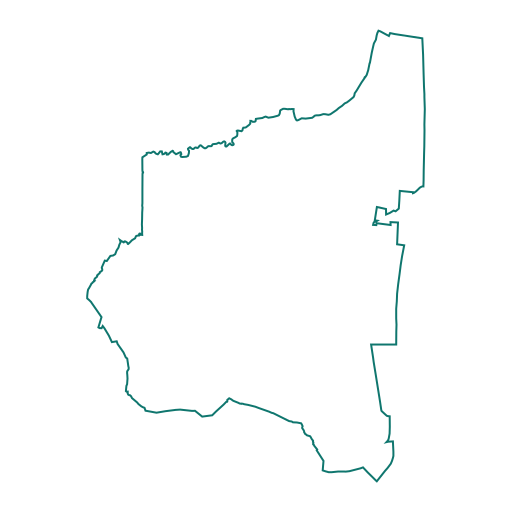 Cuautitlán Izcalli, México, Mexico (orthographic projection)
{"feature_id": "50627088B3961407760868", "entity_name": "Cuautitlán Izcalli", "entity_type": "district", "adm_level": 2, "iso_a3": "MEX", "parent_name": "Mexico", "parent_adm1": "México", "projection": "orthographic", "projection_center": [-99.233, 19.658], "detail": "fine", "context": "isolated", "style": "outline", "palette": "teal", "viewbox_px": 512, "rotation_deg": 0, "n_neighbors": 0, "source": "geoboundaries", "source_scale": "gbopen_adm2", "svg_char_len": 6051}
<svg xmlns="http://www.w3.org/2000/svg" viewBox="0 0 512 512"><path d="M156.5,412.7L165.4,411.2L175.6,409.9L180.1,409.6L192.1,410.9L195.0,410.8L202.2,416.6L212.2,415.3L215.9,411.6L223.6,404.6L226.3,401.8L227.2,401.7L227.3,401.5L227.3,399.9L229.2,398.3L231.4,399.4L232.4,400.2L233.3,400.8L238.3,402.8L239.6,403.5L241.5,403.8L241.7,403.6L243.0,403.8L244.1,404.2L248.1,404.9L255.3,406.7L258.7,408.0L269.2,411.7L271.6,412.8L273.3,413.2L289.1,421.1L291.7,421.5L292.9,422.3L297.0,422.5L301.1,423.3L301.8,424.4L302.6,426.2L302.2,427.4L302.2,428.0L302.3,428.3L303.4,429.8L304.1,431.2L304.2,432.4L304.9,433.3L305.2,434.0L306.3,434.6L306.7,435.2L308.2,435.7L309.4,436.0L310.2,436.3L310.4,436.6L311.9,439.3L313.0,440.6L313.1,440.9L312.9,441.9L313.3,442.3L313.4,442.7L313.2,443.4L313.3,443.7L313.1,444.1L313.2,444.4L313.8,444.8L314.4,446.0L317.2,449.5L316.7,450.3L323.5,460.9L322.7,470.4L325.4,471.3L328.7,472.2L331.7,472.2L338.4,471.5L342.9,471.5L345.8,471.6L349.4,471.2L360.6,468.3L363.0,467.4L367.6,472.3L375.9,480.5L376.8,481.3L385.1,470.8L387.5,468.1L390.8,463.7L392.0,460.9L392.9,458.0L393.4,456.0L393.4,451.7L392.9,441.4L388.2,441.7L386.5,442.1L387.6,440.9L388.4,439.6L388.8,438.1L389.6,433.6L389.8,426.8L389.7,416.3L387.8,416.1L386.8,415.8L384.8,414.0L383.3,412.6L382.1,411.5L381.6,411.0L381.3,410.2L380.0,401.4L375.9,375.7L373.7,362.2L373.1,357.7L371.1,344.5L396.2,344.5L396.3,331.4L396.5,324.7L396.2,318.5L396.2,308.8L396.8,301.4L397.1,293.7L398.2,284.0L399.5,274.5L400.7,265.0L402.1,256.1L404.2,245.3L397.1,244.3L398.0,222.5L390.5,222.1L390.6,225.0L376.6,223.2L376.3,225.1L373.1,224.9L373.6,222.8L374.0,222.2L374.5,221.9L376.1,221.5L377.3,220.7L374.8,220.3L376.9,207.0L386.0,209.0L386.1,214.5L389.7,213.0L393.6,210.6L395.6,211.3L398.8,208.6L399.3,201.0L399.8,190.9L413.0,192.2L413.0,193.2L413.7,193.0L416.0,191.4L417.7,189.8L419.8,187.7L421.1,186.9L422.7,186.3L423.4,186.4L423.6,180.2L423.7,170.8L424.1,153.0L424.3,146.5L424.5,130.4L424.4,124.4L424.8,109.2L424.4,97.0L424.4,94.1L424.0,86.7L423.6,73.8L423.1,54.9L422.3,38.3L394.9,34.1L390.1,33.1L388.9,36.0L380.4,31.4L378.5,30.7L377.4,32.9L376.7,35.3L375.9,39.7L373.9,43.4L373.3,45.9L371.8,52.5L369.9,62.9L369.6,63.2L368.2,70.2L366.7,74.9L365.5,76.8L364.8,77.1L364.6,77.5L364.8,77.7L361.5,82.5L356.6,90.6L354.7,93.3L354.3,95.5L353.6,97.0L349.3,100.6L346.9,102.4L344.7,103.4L342.1,105.8L338.7,108.1L336.6,110.0L330.3,114.3L328.4,114.8L325.2,114.2L323.3,114.1L320.2,115.1L318.7,115.3L316.6,115.3L315.0,115.6L314.3,116.0L313.7,116.7L312.1,117.8L305.6,118.6L301.8,118.3L301.3,118.5L298.5,120.0L297.3,120.4L296.6,120.3L295.9,119.4L294.7,116.6L293.5,111.4L293.6,109.1L291.9,109.0L290.0,109.2L289.0,109.0L288.2,109.3L284.8,108.8L283.1,108.8L281.0,109.9L280.2,110.5L279.7,113.7L278.9,115.2L277.9,115.7L273.1,117.0L268.4,117.7L265.7,116.6L264.4,117.0L262.3,118.0L257.7,118.6L255.9,118.9L255.6,121.0L255.4,121.3L255.0,121.6L254.2,121.8L252.7,121.8L251.3,120.9L250.7,120.9L250.8,121.1L250.3,122.0L250.2,122.6L250.3,123.3L250.1,123.8L249.1,124.9L246.0,127.3L245.0,127.6L243.3,127.7L242.8,128.7L242.4,130.4L241.5,131.2L237.9,130.5L237.0,130.7L236.7,131.0L237.3,132.1L237.4,132.6L237.3,134.8L237.0,136.0L235.2,137.3L233.2,138.3L232.5,139.0L232.2,139.8L232.2,142.0L233.5,143.5L233.7,144.2L233.6,144.6L233.3,144.9L232.5,145.2L232.2,145.2L231.6,145.0L231.2,144.7L230.1,143.5L229.8,143.5L229.6,143.6L226.6,146.4L226.3,146.5L226.0,146.5L225.6,146.4L225.4,146.2L225.2,145.4L225.5,142.7L225.1,141.9L224.6,141.6L224.2,141.4L223.5,141.6L223.0,141.9L222.0,142.9L221.0,143.4L220.3,143.5L219.3,142.9L218.8,142.7L216.5,143.8L213.3,144.1L212.7,144.3L212.3,144.7L211.7,145.9L211.5,146.1L210.3,146.2L208.7,146.1L207.9,146.4L207.0,147.3L205.9,148.1L205.1,148.3L204.5,148.2L203.1,147.3L200.9,145.4L200.5,145.3L199.9,145.5L199.3,146.1L198.2,147.6L197.9,147.7L197.6,147.9L197.1,148.0L196.4,147.6L195.3,147.5L194.5,148.0L194.0,148.6L193.2,149.0L192.7,149.0L191.8,148.7L191.3,148.4L190.5,147.5L190.0,147.2L189.2,147.7L188.0,148.7L188.1,149.5L188.3,149.9L189.0,150.7L189.0,151.7L188.8,153.5L188.6,153.9L188.3,155.0L187.9,156.0L186.3,156.7L182.3,157.0L181.2,156.8L181.0,156.7L180.4,155.2L181.3,154.1L180.8,152.4L180.3,152.2L176.0,154.2L173.4,152.1L173.1,151.1L172.6,150.8L170.8,151.9L168.1,154.5L166.8,154.5L166.5,152.9L165.4,152.6L164.5,153.7L163.6,154.1L162.5,154.3L161.8,151.4L160.2,151.4L158.4,153.7L157.8,154.3L156.3,153.8L155.5,153.3L154.7,152.2L154.1,151.9L153.3,151.6L150.9,153.0L148.8,152.6L146.7,153.0L146.7,154.5L142.4,157.3L142.3,159.1L142.4,170.3L142.6,171.8L142.8,171.7L143.0,172.0L143.1,172.6L142.5,173.7L142.4,189.8L142.4,203.2L142.2,205.7L142.5,207.5L142.2,212.5L142.1,219.0L141.9,224.5L142.1,228.0L142.0,229.6L142.2,231.5L142.1,233.1L142.2,234.9L141.6,234.8L140.7,234.9L140.3,234.6L140.1,233.6L139.9,233.5L139.4,233.7L139.1,234.2L139.0,235.5L137.5,235.6L136.2,236.0L135.7,236.8L135.1,238.3L132.0,240.2L129.4,242.9L128.1,244.0L127.8,243.9L127.3,242.7L126.0,241.8L125.2,241.4L124.5,241.4L124.2,241.7L123.9,242.3L123.6,242.4L122.5,241.6L121.7,241.3L119.9,240.0L120.6,242.1L119.3,244.8L118.5,247.6L116.6,250.5L115.2,254.2L113.1,255.5L110.4,255.9L106.8,261.0L104.8,260.6L101.8,267.4L101.8,268.0L102.1,268.7L102.3,270.0L101.7,271.0L100.8,271.5L100.7,271.7L99.8,272.2L99.6,273.3L98.0,274.5L97.7,275.1L97.1,275.4L97.2,276.0L97.1,276.6L96.6,277.1L94.9,278.5L94.7,278.8L94.6,279.4L94.0,280.6L94.0,280.9L94.4,281.0L93.8,281.6L93.2,282.0L92.9,282.1L92.7,282.3L92.7,282.5L92.1,283.2L91.4,283.6L91.3,283.8L91.1,284.4L89.1,288.0L88.3,289.2L88.0,289.9L87.6,292.2L87.2,296.1L87.2,298.4L89.2,300.1L91.2,302.1L91.3,302.4L101.5,317.1L98.4,327.4L99.6,328.1L101.6,328.2L102.7,326.0L104.5,328.4L108.9,335.7L111.9,342.1L116.7,341.3L117.6,344.0L123.5,352.4L125.8,357.5L127.2,358.5L127.9,363.2L128.3,366.1L128.7,367.8L128.6,369.2L127.2,371.3L127.1,373.0L127.3,374.9L127.5,378.6L127.1,384.2L126.4,385.9L125.9,391.1L126.6,391.7L127.7,391.6L127.7,393.5L128.2,394.6L129.1,395.1L130.1,395.3L131.1,396.3L132.0,398.1L137.2,402.5L138.4,404.0L141.4,406.4L143.1,407.3L144.5,407.8L145.5,410.7L156.5,412.7Z" fill="none" stroke="#0f766e" stroke-width="2"/></svg>